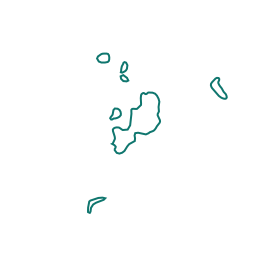 Sulu, Natural Earth projection, rotated 124°
{"feature_id": "PHL-2524", "entity_name": "Sulu", "entity_type": "Province", "adm_level": 1, "iso_a3": "PHL", "parent_name": "Philippines", "parent_adm1": "", "projection": "natural_earth1", "projection_center": [121.056, 5.938], "detail": "fine", "context": "isolated", "style": "outline", "palette": "teal", "viewbox_px": 256, "rotation_deg": 124, "n_neighbors": 0, "source": "natural_earth", "source_scale": "10m", "svg_char_len": 2089}
<svg xmlns="http://www.w3.org/2000/svg" viewBox="0 0 256 256"><g transform="rotate(124 128 128)"><path d="M149.0,118.1L151.7,119.0L154.0,120.8L154.9,123.4L153.8,126.6L152.6,127.3L151.3,127.3L150.3,127.8L149.8,129.7L150.0,132.2L149.5,131.9L144.7,132.7L143.8,133.1L142.5,134.3L139.0,138.7L137.7,139.7L136.3,139.6L135.0,138.9L133.8,137.7L132.7,135.8L132.6,134.1L132.7,132.6L132.6,131.2L129.5,127.4L124.6,127.7L114.3,133.1L111.8,134.9L110.9,135.4L109.9,135.2L109.2,134.5L107.6,131.8L107.0,131.2L101.7,130.1L100.6,130.7L96.1,134.1L93.5,135.5L92.3,135.7L90.9,135.2L90.2,134.5L90.1,133.6L90.2,132.8L89.9,132.1L89.2,131.6L87.6,131.2L87.0,130.7L85.0,127.4L84.4,124.7L85.0,122.1L86.6,119.1L88.7,116.7L93.5,114.4L97.0,111.6L99.8,111.2L100.9,110.5L103.7,105.9L104.8,105.0L106.0,104.7L110.5,105.0L112.9,104.8L115.2,105.0L116.6,105.6L119.4,107.6L120.8,108.0L123.3,109.6L126.3,117.0L128.2,119.1L130.5,118.4L132.6,116.4L135.0,115.1L140.7,118.0L143.6,118.3L149.0,118.1ZM48.5,63.1L49.5,63.8L50.1,65.0L50.5,66.4L50.7,67.7L50.6,70.6L47.9,80.6L47.2,82.0L46.2,83.2L44.9,83.9L43.1,83.9L38.1,83.1L36.7,82.3L35.9,80.8L36.4,79.7L37.6,79.1L39.3,78.9L40.2,78.3L41.2,76.7L42.0,74.8L42.4,73.4L42.8,72.3L44.5,69.0L45.3,65.8L46.2,64.4L47.3,63.3L48.5,63.1ZM83.0,181.4L84.6,181.7L86.7,183.8L88.6,186.7L89.2,189.4L87.7,192.5L85.5,192.9L81.8,191.5L80.8,190.8L79.5,189.2L78.3,187.4L77.8,186.0L78.4,184.5L79.8,183.1L81.5,182.0L83.0,181.4ZM214.9,114.0L218.3,112.3L219.7,112.2L220.1,114.0L219.4,114.6L216.2,116.6L210.6,119.0L209.2,118.6L202.6,113.5L200.0,110.2L199.0,107.6L201.1,108.0L207.8,112.7L210.9,114.1L214.9,114.0ZM128.2,145.2L129.8,145.9L130.4,146.7L129.9,148.2L129.2,148.4L125.6,148.2L121.2,150.1L119.2,149.8L117.8,147.3L117.8,145.1L118.7,143.3L120.0,142.0L121.3,141.2L123.4,141.4L125.4,142.4L127.0,143.7L128.2,145.2ZM83.0,162.4L85.4,163.8L85.8,165.1L84.7,165.5L83.0,166.5L80.3,167.6L77.9,167.8L76.4,168.2L75.3,167.7L74.9,166.1L76.3,163.6L79.5,162.0L81.5,161.9L83.0,162.4ZM88.5,154.3L90.1,155.2L91.7,158.1L91.1,161.2L89.3,163.0L86.8,161.5L87.0,156.9L88.5,154.3Z" fill="none" stroke="#0f766e" stroke-width="2"/></g></svg>